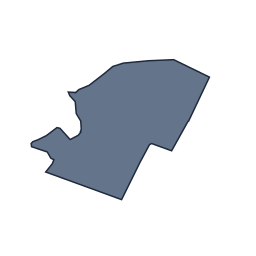 Chegutu Urban, Mashonaland West, Zimbabwe, rotated 245°
{"feature_id": "62879985B25835202040787", "entity_name": "Chegutu Urban", "entity_type": "district", "adm_level": 2, "iso_a3": "ZWE", "parent_name": "Zimbabwe", "parent_adm1": "Mashonaland West", "projection": "natural_earth1", "projection_center": [30.15, -18.125], "detail": "fine", "context": "isolated", "style": "filled", "palette": "slate", "viewbox_px": 256, "rotation_deg": 245, "n_neighbors": 0, "source": "geoboundaries", "source_scale": "gbopen_adm2", "svg_char_len": 907}
<svg xmlns="http://www.w3.org/2000/svg" viewBox="0 0 256 256"><g transform="rotate(245 128 128)"><path d="M151.8,32.7L140.4,44.7L133.2,45.3L130.6,47.4L127.6,44.3L122.9,34.8L108.6,49.1L65.8,91.9L91.6,124.1L103.9,140.5L103.9,142.9L88.9,157.9L108.6,185.1L108.6,185.8L139.7,223.3L170.6,198.3L180.3,175.0L188.8,151.1L190.2,140.2L187.5,130.1L183.1,110.8L183.6,99.8L183.3,99.0L183.3,98.7L183.1,98.1L182.8,97.5L182.8,97.3L182.6,96.7L182.6,96.4L182.3,96.1L182.3,95.8L182.3,95.5L182.3,95.2L182.5,95.2L182.5,94.9L182.8,94.7L182.8,94.4L183.1,94.1L183.3,93.8L183.3,93.5L183.6,93.2L183.8,92.9L183.8,92.6L184.1,92.0L184.6,91.5L184.8,90.9L185.1,90.3L185.3,90.0L185.6,89.4L185.8,89.1L181.9,88.9L174.2,91.3L163.0,87.2L154.2,88.1L146.6,85.1L144.7,83.2L144.2,83.5L142.4,79.7L142.0,70.7L156.5,66.2L158.4,63.8L155.6,50.8L155.4,41.6L155.8,36.0L154.9,33.7L151.8,32.7Z" fill="#64748b" stroke="#1e293b" stroke-width="1.5"/></g></svg>